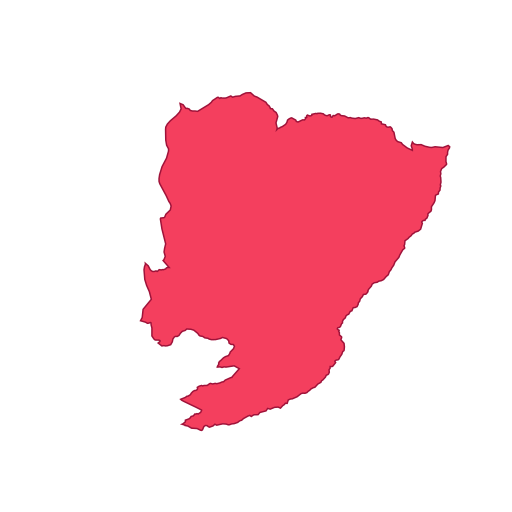 the district of Chillanes, Bolivar, Ecuador, rotated 26°
{"feature_id": "8360857B60313806039355", "entity_name": "Chillanes", "entity_type": "district", "adm_level": 2, "iso_a3": "ECU", "parent_name": "Ecuador", "parent_adm1": "Bolivar", "projection": "orthographic", "projection_center": [-79.115, -2.033], "detail": "fine", "context": "isolated", "style": "filled", "palette": "rose", "viewbox_px": 512, "rotation_deg": 26, "n_neighbors": 0, "source": "geoboundaries", "source_scale": "gbopen_adm2", "svg_char_len": 6093}
<svg xmlns="http://www.w3.org/2000/svg" viewBox="0 0 512 512"><g transform="rotate(26 256 256)"><path d="M375.2,313.4L375.7,312.5L375.7,309.8L376.2,306.8L375.8,303.8L376.4,302.9L376.5,302.1L375.3,298.9L373.4,295.9L369.3,294.2L368.9,293.7L368.8,291.9L368.3,291.1L365.6,290.4L364.4,288.1L363.4,287.6L363.3,286.3L361.5,286.2L361.0,285.9L360.9,285.0L361.1,284.4L362.1,283.8L362.8,282.5L362.6,279.3L363.1,278.2L362.4,277.0L362.4,274.9L363.4,272.4L363.1,270.6L363.9,268.6L364.8,267.8L365.0,264.5L366.2,263.2L366.0,260.1L366.3,259.6L367.5,259.0L369.0,257.2L369.0,254.6L368.5,253.2L369.0,251.3L368.5,248.8L369.4,245.9L369.4,243.5L371.5,242.1L372.2,239.8L372.1,238.5L371.8,238.4L371.8,236.6L372.9,232.4L372.7,230.4L374.0,228.2L376.4,226.5L377.5,224.7L379.4,223.3L381.0,221.2L382.0,217.4L383.1,214.9L382.7,211.6L383.3,209.4L383.3,207.0L383.8,204.0L383.5,200.4L385.0,194.6L384.8,192.0L385.2,186.1L386.2,183.9L385.8,183.1L384.6,182.0L384.5,180.4L383.2,177.0L385.0,173.7L385.4,172.0L386.5,169.8L386.9,167.5L387.8,166.6L388.3,165.0L390.9,162.5L392.2,159.7L391.2,153.7L390.2,153.0L390.0,152.3L390.9,150.6L392.3,149.9L392.1,148.8L393.0,147.0L392.8,144.1L392.1,143.1L392.1,142.3L393.6,139.0L393.4,137.5L392.1,134.8L392.7,130.1L392.6,127.8L390.8,123.0L391.1,122.1L392.7,120.3L392.0,118.4L392.5,116.2L391.6,114.0L391.4,112.0L390.5,111.4L389.9,108.6L387.6,104.5L386.5,103.3L386.1,101.1L384.8,99.2L384.6,96.0L385.9,93.7L387.1,90.2L386.9,89.6L385.3,87.8L383.2,83.4L383.6,80.6L382.7,78.8L382.2,76.8L382.5,74.0L382.2,72.9L380.3,72.4L376.4,76.6L369.1,79.3L366.4,81.4L364.5,82.2L359.7,83.3L355.6,83.5L352.0,85.4L350.2,85.8L348.6,85.9L346.6,85.0L347.2,88.9L349.6,91.3L350.2,92.5L344.6,92.6L338.8,91.5L336.9,90.5L333.1,91.1L331.1,90.4L329.6,89.4L325.7,84.3L323.6,83.5L322.4,81.9L320.8,81.2L319.9,81.1L318.7,82.1L317.5,82.6L316.2,82.5L314.8,81.3L310.8,82.2L309.8,80.6L307.8,80.8L305.5,80.4L301.7,81.4L299.0,82.8L296.7,82.3L295.9,82.5L294.7,83.8L292.8,84.3L290.8,85.9L289.4,86.5L287.7,86.6L285.0,88.9L281.6,90.1L280.2,90.2L278.3,91.4L274.3,91.3L270.9,92.5L269.7,92.3L269.0,91.8L268.0,92.0L267.0,92.6L265.3,95.4L263.8,95.9L263.4,98.0L262.6,98.2L261.7,97.9L261.2,96.8L260.8,96.6L259.9,97.0L258.6,98.6L257.8,99.0L255.8,99.2L254.2,98.7L251.4,99.4L248.9,100.7L248.4,101.4L247.3,101.6L244.1,104.2L244.5,105.1L243.7,106.1L242.6,106.6L240.4,106.8L240.1,107.8L240.8,109.2L239.7,109.9L240.3,110.6L240.0,112.4L238.2,113.2L235.0,117.2L233.3,117.4L232.1,116.4L227.7,116.2L227.1,116.4L225.7,118.1L224.8,120.0L225.2,122.4L224.9,124.7L222.9,128.2L221.5,129.7L221.1,130.7L219.9,131.6L219.3,133.3L219.0,131.8L215.6,127.6L214.4,121.1L213.6,120.1L211.2,118.2L208.6,117.8L206.2,116.5L204.3,117.2L203.6,116.4L201.9,115.3L199.8,114.9L197.5,113.5L187.3,112.7L184.4,113.0L179.5,111.6L175.5,113.8L172.9,116.8L171.5,119.1L167.4,121.6L165.4,123.5L163.2,123.2L160.2,126.7L159.1,127.6L156.1,129.0L155.1,129.1L154.3,130.3L152.6,129.9L151.8,130.3L148.8,135.4L148.5,137.4L147.1,140.7L140.1,151.6L137.4,152.5L135.5,153.5L133.1,154.0L131.6,153.2L129.6,153.4L128.1,154.1L124.2,152.0L120.9,152.2L124.2,156.6L124.2,160.2L122.8,165.0L119.7,172.1L118.5,176.3L118.4,179.7L119.2,181.8L124.1,191.4L127.1,195.6L130.4,198.0L131.4,200.1L132.7,207.3L132.4,216.8L133.7,225.1L134.9,228.9L136.2,231.5L137.8,233.2L148.8,241.1L153.8,245.2L155.9,246.4L157.8,248.3L158.8,252.2L156.7,258.0L156.9,261.1L156.5,261.9L153.7,263.7L153.8,264.6L159.6,272.9L169.5,284.7L170.5,289.2L171.6,292.7L174.6,296.1L174.9,299.6L174.5,300.8L183.0,304.4L181.4,305.2L180.7,306.0L180.5,307.2L178.8,308.9L178.0,309.2L176.9,310.1L175.0,310.7L174.1,313.1L173.8,313.3L172.7,313.2L171.3,314.5L170.0,315.2L168.5,315.2L166.9,314.7L163.5,312.1L159.8,311.1L160.2,311.7L160.5,314.6L161.4,317.5L166.3,325.8L170.6,330.4L175.8,334.8L180.9,340.8L177.9,353.4L180.7,361.2L180.6,364.8L185.8,363.9L187.9,364.1L189.1,363.3L190.1,362.1L190.9,362.1L192.0,364.0L194.0,366.3L197.5,373.5L200.6,375.3L202.2,375.7L205.5,374.2L206.6,374.1L207.0,374.4L207.1,375.1L206.2,377.1L210.8,378.1L212.5,376.9L214.1,376.5L215.7,375.5L218.2,373.1L218.4,369.8L217.7,367.1L218.1,364.5L218.8,363.6L220.5,362.8L221.6,361.2L221.9,358.6L222.8,356.0L225.0,353.9L225.7,352.0L229.5,350.4L232.6,349.9L237.7,351.1L239.3,352.1L240.7,352.4L243.4,351.6L245.9,352.0L248.9,351.0L250.2,351.2L252.7,350.7L256.2,348.9L260.2,345.7L261.6,343.9L265.8,343.1L268.6,344.1L270.0,346.1L272.2,346.4L274.5,345.5L276.2,346.6L276.4,349.2L274.9,353.8L275.2,354.9L274.9,357.6L272.6,359.9L271.4,361.8L270.0,365.7L269.3,366.9L269.5,367.7L269.3,368.5L270.0,369.6L269.7,372.0L269.9,372.8L272.3,371.4L274.3,371.1L275.9,369.6L277.7,369.0L284.5,364.3L290.4,364.6L287.5,375.2L287.6,375.7L286.7,376.3L282.7,381.1L282.0,383.2L280.6,384.2L279.1,386.0L276.7,388.0L275.1,388.4L273.2,390.0L270.8,390.5L270.2,391.2L268.9,393.7L266.0,395.2L265.0,396.2L263.9,396.2L262.0,397.9L260.8,399.8L261.7,400.9L261.7,401.8L261.0,403.1L259.7,403.9L258.7,405.4L257.9,407.9L257.9,409.3L256.3,411.8L255.4,412.3L254.4,414.2L251.1,417.8L252.4,418.2L255.0,418.3L268.5,418.2L274.6,418.3L274.8,418.6L274.8,420.8L273.3,423.3L272.0,423.6L271.3,424.4L270.3,424.8L269.8,427.1L268.0,428.7L267.9,430.1L267.2,431.7L264.5,434.5L265.2,436.0L263.9,438.9L263.3,439.6L266.5,439.1L266.6,439.4L269.3,438.7L273.5,439.0L278.7,436.9L282.5,436.9L283.6,436.6L284.1,435.7L283.9,432.1L284.7,430.6L286.4,429.9L288.0,430.3L289.3,430.2L291.9,427.5L292.8,425.2L294.8,425.3L299.7,421.4L303.0,420.1L305.0,419.9L306.1,419.3L307.8,417.5L309.8,416.3L312.5,413.6L313.6,411.3L315.1,409.9L316.0,407.6L319.0,403.3L320.3,402.0L322.1,402.3L323.6,399.7L327.4,397.7L328.1,394.9L332.9,390.8L333.3,387.9L335.9,387.4L339.0,383.9L342.1,382.1L344.7,382.0L345.6,378.8L346.6,377.1L346.9,375.5L348.6,374.8L348.1,371.2L349.8,369.3L351.2,368.5L354.7,364.4L356.8,360.0L358.1,358.8L360.2,357.9L361.6,356.5L362.3,354.5L363.1,353.3L363.6,351.6L365.0,349.5L366.5,348.1L367.7,344.0L369.7,341.1L369.6,339.4L370.4,338.1L371.5,334.4L371.4,332.4L372.6,331.0L372.9,330.2L372.8,328.3L371.5,326.2L371.8,324.5L371.1,322.8L372.7,322.1L373.3,321.4L374.3,316.9L373.2,316.3L373.0,315.6L373.8,314.3L375.2,313.4Z" fill="#f43f5e" stroke="#9f1239" stroke-width="1.5"/></g></svg>